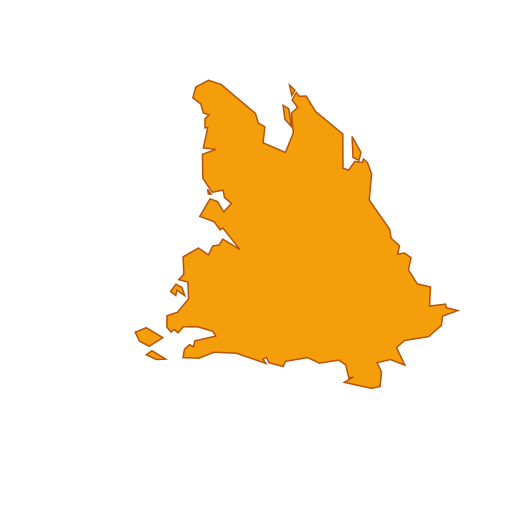 an SVG outline of Sabah, rotated 239°
{"feature_id": "MYS-1186", "entity_name": "Sabah", "entity_type": "State", "adm_level": 1, "iso_a3": "MYS", "parent_name": "Malaysia", "parent_adm1": "", "projection": "mercator", "projection_center": [117.356, 5.751], "detail": "medium", "context": "isolated", "style": "filled", "palette": "amber", "viewbox_px": 512, "rotation_deg": 239, "n_neighbors": 0, "source": "natural_earth", "source_scale": "10m", "svg_char_len": 1972}
<svg xmlns="http://www.w3.org/2000/svg" viewBox="0 0 512 512"><g transform="rotate(239 256 256)"><path d="M190.7,384.2L184.6,378.3L182.1,384.8L174.7,388.0L165.6,379.5L149.0,379.9L139.6,389.6L123.7,379.0L117.1,393.7L113.7,392.5L105.3,400.9L108.4,384.9L101.0,379.1L98.0,362.4L107.1,339.7L105.1,329.3L85.8,327.3L98.0,317.9L102.3,304.8L91.9,303.8L80.2,295.1L83.2,286.7L102.2,266.6L102.2,277.1L103.5,272.7L116.4,276.8L124.1,273.4L131.5,255.1L142.3,248.0L150.5,227.1L147.3,222.3L157.7,212.3L163.9,212.7L164.0,208.8L158.9,209.1L182.9,189.0L195.1,170.5L197.8,154.5L206.5,141.1L213.0,146.7L214.2,153.3L210.5,155.7L214.8,159.8L208.1,180.3L213.7,180.2L225.2,169.7L232.7,157.3L230.3,149.6L235.0,148.0L234.6,144.0L241.0,143.0L250.6,148.9L248.2,159.8L254.1,176.2L268.7,184.2L275.5,177.6L277.7,184.9L292.8,193.0L292.5,210.7L281.5,215.8L286.9,224.2L284.4,230.1L287.6,236.2L269.6,245.6L297.1,242.0L296.8,238.7L306.9,237.8L318.9,228.2L328.6,246.0L322.6,251.0L310.3,251.0L313.8,262.0L322.3,259.1L329.4,261.7L333.2,251.3L350.1,250.5L370.7,262.4L368.1,276.5L375.8,266.5L390.9,280.8L392.1,278.3L399.9,282.9L401.1,288.4L405.7,284.6L414.8,287.0L424.1,283.3L431.8,291.4L431.1,305.8L421.1,314.4L378.5,328.9L368.7,326.5L362.2,330.1L349.4,320.4L329.6,334.5L342.3,351.4L360.2,359.9L361.9,368.2L371.2,367.3L375.3,374.7L370.5,375.4L367.4,381.3L349.1,381.5L315.8,393.2L286.4,375.8L281.9,379.6L286.2,389.5L281.3,395.4L283.9,398.1L278.5,399.6L266.7,397.3L245.7,381.9L210.0,384.3L201.6,381.0L190.7,384.2ZM242.9,112.3L252.9,113.2L251.1,125.0L234.0,134.1L233.6,118.0L242.9,112.3ZM290.7,399.3L285.0,393.5L290.5,389.9L309.0,399.9L290.7,399.3ZM269.6,164.4L273.0,172.9L267.3,176.3L258.7,174.5L267.4,170.6L263.5,166.9L269.6,164.4ZM358.3,351.2L371.2,356.8L365.4,359.9L348.5,353.1L358.3,351.2ZM227.8,111.1L228.4,118.0L214.2,125.4L218.6,117.3L227.8,111.1ZM375.2,369.4L385.2,372.8L377.9,374.7L375.2,369.4ZM333.6,247.1L338.1,248.9L332.2,249.3L333.6,247.1Z" fill="#f59e0b" stroke="#b45309" stroke-width="1.5"/></g></svg>